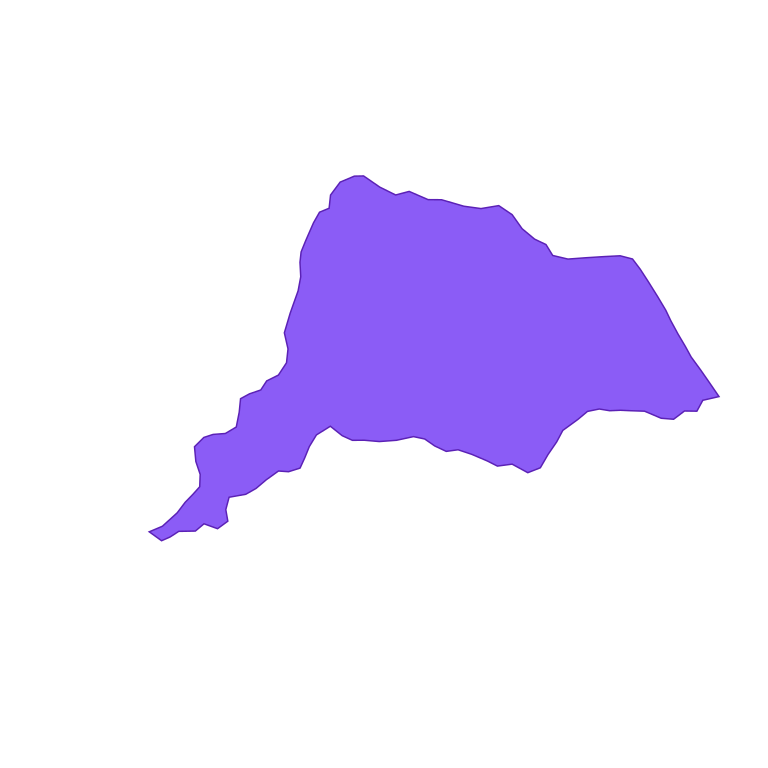 Morro da Fumaça, Santa Catarina, Brazil, rotated 327°
{"feature_id": "56859067B42300918373881", "entity_name": "Morro da Fumaça", "entity_type": "district", "adm_level": 2, "iso_a3": "BRA", "parent_name": "Brazil", "parent_adm1": "Santa Catarina", "projection": "equal_earth", "projection_center": [-49.259, -28.637], "detail": "fine", "context": "isolated", "style": "filled", "palette": "violet", "viewbox_px": 768, "rotation_deg": 327, "n_neighbors": 0, "source": "geoboundaries", "source_scale": "gbopen_adm2", "svg_char_len": 1599}
<svg xmlns="http://www.w3.org/2000/svg" viewBox="0 0 768 768"><g transform="rotate(327 384 384)"><path d="M106.6,380.1L112.1,394.3L121.3,395.8L131.6,395.8L145.7,404.6L156.9,403.2L165.6,414.7L178.3,414.0L182.9,403.2L192.4,394.6L208.0,401.2L219.8,401.9L233.1,400.2L248.1,399.5L256.2,405.6L267.8,408.8L277.4,402.7L287.3,395.8L299.6,389.9L316.0,390.2L320.8,404.6L326.8,414.0L336.8,420.4L348.7,429.7L363.8,438.0L380.1,444.2L388.2,452.3L392.8,463.6L399.5,474.4L410.3,479.5L419.3,490.8L428.7,504.8L434.4,514.6L447.8,521.0L456.3,536.7L469.5,539.4L483.1,532.5L497.3,526.6L508.7,520.3L518.4,519.8L527.4,519.3L539.7,517.8L550.9,522.2L558.7,529.3L568.0,534.8L576.1,540.6L587.7,548.7L597.8,563.7L607.7,571.3L621.3,570.3L631.6,577.2L642.5,571.3L658.1,577.0L657.7,560.8L657.2,544.8L656.3,528.6L657.2,516.6L657.8,502.1L659.0,487.1L660.5,475.6L661.1,459.9L661.4,441.7L661.4,427.2L660.5,414.5L651.9,405.1L638.8,397.5L622.3,388.2L606.3,379.4L595.5,368.1L595.8,355.3L589.2,344.5L584.4,329.0L583.7,311.8L577.4,296.9L560.9,289.7L547.8,278.4L539.8,269.1L532.6,260.8L521.4,253.4L510.0,236.2L496.7,231.8L487.7,216.6L480.2,198.4L472.3,193.5L457.2,190.8L442.1,196.4L433.7,206.7L423.5,204.8L412.7,210.4L404.8,215.6L396.3,221.2L386.4,228.1L379.8,236.2L372.6,248.7L362.7,259.1L353.8,265.9L343.9,273.5L328.3,286.8L322.6,302.3L313.8,313.1L300.3,319.0L287.3,317.5L277.4,321.9L266.0,319.0L255.7,318.2L247.2,328.8L236.7,339.6L224.0,339.1L213.2,333.2L203.8,330.7L190.9,333.4L184.0,346.5L180.6,359.7L173.5,369.8L163.5,372.5L152.9,374.9L140.4,379.4L120.7,382.6L106.6,380.1Z" fill="#8b5cf6" stroke="#5b21b6" stroke-width="1.5"/></g></svg>